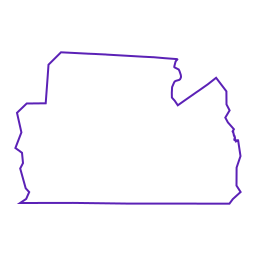 York, South Carolina, United States of America
{"feature_id": "52423323B59570542533624", "entity_name": "York", "entity_type": "district", "adm_level": 2, "iso_a3": "USA", "parent_name": "United States of America", "parent_adm1": "South Carolina", "projection": "albers", "projection_center": [-81.025, 34.993], "detail": "fine", "context": "isolated", "style": "outline", "palette": "violet", "viewbox_px": 256, "rotation_deg": 0, "n_neighbors": 0, "source": "geoboundaries", "source_scale": "gbopen_adm2", "svg_char_len": 1585}
<svg xmlns="http://www.w3.org/2000/svg" viewBox="0 0 256 256"><path d="M20.1,203.0L73.2,202.9L128.4,203.6L180.8,203.6L229.4,203.7L232.8,199.1L240.6,192.0L236.5,185.6L236.6,167.6L240.5,156.1L238.1,140.3L238.0,140.2L237.7,140.2L237.5,140.3L237.1,140.6L236.9,140.8L236.8,141.0L236.5,141.0L236.4,141.1L236.0,141.4L235.6,140.4L235.7,140.0L235.6,139.9L235.4,139.6L235.2,139.5L235.0,139.9L235.0,140.3L234.8,140.3L234.4,140.0L234.3,139.8L234.4,139.2L234.4,138.9L234.7,138.5L234.8,138.2L235.0,138.0L235.0,137.9L235.0,137.7L234.8,137.4L234.7,137.2L234.5,136.8L234.5,136.6L234.6,136.4L234.3,136.2L234.4,135.8L234.3,135.6L233.9,135.4L233.8,135.2L233.8,134.9L233.7,134.6L233.8,134.4L233.8,134.2L233.6,133.8L233.5,133.3L233.4,132.8L233.2,132.7L233.0,132.3L233.0,132.0L233.2,131.8L233.2,131.7L232.8,131.7L232.7,131.6L232.6,131.4L233.9,129.2L227.9,122.4L225.3,117.6L229.6,110.4L226.5,104.4L226.4,91.4L226.3,91.2L216.1,77.8L207.8,84.3L198.4,90.9L196.6,92.1L193.9,94.0L184.3,100.7L177.8,105.3L174.7,100.7L172.7,98.5L171.9,97.5L171.8,92.8L172.1,87.1L174.0,82.7L174.7,81.5L176.0,80.8L178.2,80.2L179.2,79.9L180.1,79.2L180.9,77.5L181.0,76.6L180.8,75.0L179.5,71.1L178.7,69.5L174.6,67.4L174.3,67.1L174.3,66.4L175.5,61.8L175.8,61.2L176.7,60.0L177.1,59.8L177.3,59.4L177.0,59.1L164.9,58.2L153.4,57.2L152.9,57.2L143.0,56.7L106.7,54.6L105.9,54.5L97.4,54.1L95.9,54.0L88.3,53.7L74.8,53.0L61.0,52.3L48.5,64.7L47.6,77.5L45.7,103.3L26.7,103.5L17.0,112.8L21.4,132.4L15.4,148.0L22.0,152.8L23.0,163.1L20.2,168.5L25.7,188.3L29.2,192.1L27.8,195.2L26.2,198.9L20.1,203.0Z" fill="none" stroke="#5b21b6" stroke-width="2"/></svg>